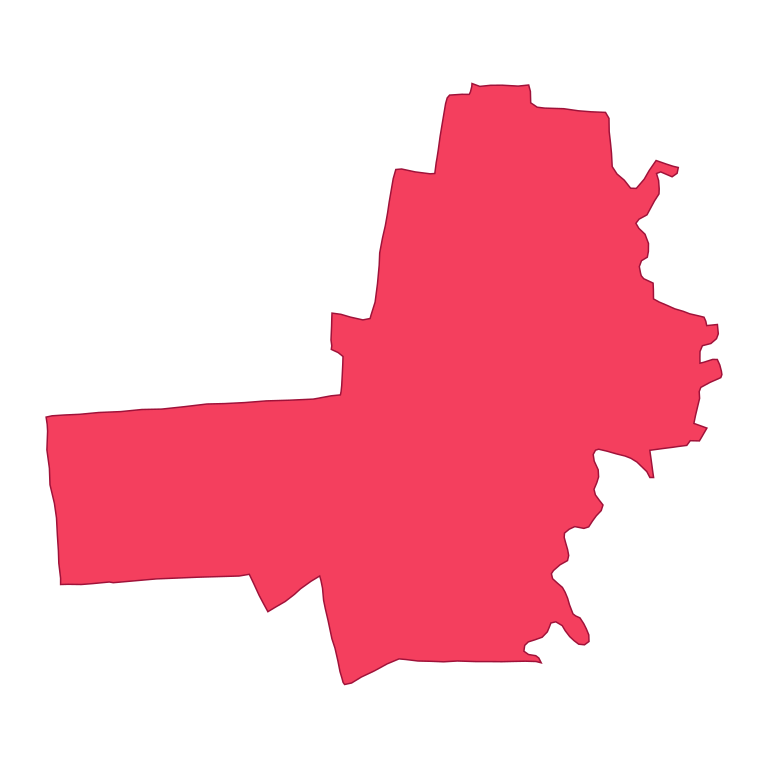 Battambang, Batdâmbâng, Cambodia
{"feature_id": "14789045B54080121728178", "entity_name": "Battambang", "entity_type": "district", "adm_level": 2, "iso_a3": "KHM", "parent_name": "Cambodia", "parent_adm1": "Batdâmbâng", "projection": "orthographic", "projection_center": [103.179, 13.094], "detail": "fine", "context": "isolated", "style": "filled", "palette": "rose", "viewbox_px": 768, "rotation_deg": 0, "n_neighbors": 0, "source": "geoboundaries", "source_scale": "gbopen_adm2", "svg_char_len": 3567}
<svg xmlns="http://www.w3.org/2000/svg" viewBox="0 0 768 768"><path d="M541.2,662.8L538.8,658.0L535.8,655.7L528.5,654.5L523.9,651.2L524.7,645.4L528.3,641.9L534.9,639.8L542.2,637.2L547.3,631.9L549.0,627.9L550.9,623.0L555.8,621.8L562.2,625.6L565.2,630.7L569.7,636.6L574.1,640.7L578.7,644.2L584.5,644.8L589.0,641.5L588.8,634.9L586.3,628.8L583.7,623.6L580.0,617.9L575.6,615.9L573.0,613.9L569.5,604.8L567.6,598.2L565.1,592.2L562.4,587.4L557.4,583.1L552.6,578.7L551.4,573.7L553.5,570.5L560.0,564.8L567.5,560.6L568.7,555.5L567.6,549.6L565.5,542.3L564.2,537.4L564.5,533.1L569.2,529.2L574.8,526.6L583.9,528.4L588.7,526.9L592.5,521.0L596.3,515.8L601.2,510.6L603.0,505.0L599.2,500.1L595.4,494.9L594.0,489.3L596.8,482.7L598.6,476.9L598.2,469.8L594.2,461.1L593.2,454.5L595.5,450.2L598.6,449.2L606.7,451.1L616.5,453.9L625.0,456.0L630.7,458.2L636.9,462.0L646.8,471.6L649.9,477.5L653.6,477.5L652.6,470.6L652.0,466.0L651.0,458.7L649.8,450.3L661.6,448.7L667.0,448.0L672.6,447.3L678.1,446.5L683.6,445.8L686.8,445.4L690.2,440.7L699.4,440.9L701.2,437.9L706.9,428.1L700.9,425.9L693.9,423.4L695.5,415.5L697.7,406.3L699.6,398.4L699.2,391.6L700.8,387.4L709.8,382.5L720.8,377.6L721.9,374.6L721.4,371.2L719.8,365.0L717.3,359.5L712.7,359.4L703.6,362.3L700.0,363.2L699.9,358.1L700.0,351.5L702.4,345.7L710.9,343.5L716.5,338.7L718.3,333.8L717.4,324.5L706.7,325.6L705.8,321.2L704.0,317.2L699.2,316.0L689.7,313.8L683.2,311.3L674.7,308.8L667.6,305.6L659.1,302.0L653.5,298.9L653.4,289.8L653.1,283.1L643.7,278.7L641.3,275.8L640.6,273.4L639.3,266.6L641.5,260.7L647.3,257.2L648.4,251.4L648.5,243.5L645.0,234.2L638.9,228.4L635.9,223.3L639.0,219.2L647.0,214.8L654.5,200.9L659.0,193.9L659.2,188.9L658.6,180.5L656.5,173.5L660.7,171.9L672.1,176.8L677.1,173.3L678.3,167.5L673.2,166.3L666.7,164.2L656.1,160.5L654.1,163.4L649.2,170.5L644.2,179.2L636.3,188.4L630.6,188.2L624.2,180.1L617.0,174.0L612.2,166.6L611.5,153.3L610.5,143.0L609.2,131.6L609.0,118.4L605.5,112.4L591.3,111.8L578.5,110.8L563.7,108.7L544.6,108.1L537.2,107.2L530.7,102.8L530.4,91.4L528.7,85.0L518.2,86.1L502.1,85.2L490.5,85.3L479.8,86.4L472.0,83.5L471.8,86.5L470.4,92.0L469.2,94.4L461.9,94.3L449.6,95.1L447.2,97.9L445.6,103.6L443.6,115.5L441.6,127.4L440.1,136.5L438.3,149.7L437.0,158.1L436.2,162.6L434.8,173.5L430.1,173.8L415.2,171.9L401.6,169.0L395.8,169.5L393.2,178.7L391.0,191.5L389.2,202.0L387.6,212.8L385.3,225.8L382.5,238.0L379.7,252.9L379.2,265.1L377.5,283.6L375.1,302.1L371.0,315.2L370.1,318.5L362.9,319.9L350.4,317.1L340.9,314.3L332.0,313.1L331.8,317.9L331.6,326.0L331.0,340.0L331.8,345.8L331.3,349.4L338.2,352.6L343.0,356.5L342.8,363.4L342.3,374.2L341.7,385.6L341.1,391.4L340.4,394.9L331.2,395.8L313.3,399.1L289.6,400.2L266.1,400.9L244.3,402.6L224.2,403.6L207.0,404.0L184.2,406.7L161.6,409.1L141.9,409.5L120.7,411.6L98.8,412.5L79.7,414.3L64.3,415.0L52.1,415.8L46.1,417.1L47.2,424.4L47.6,431.2L46.9,449.9L49.4,468.2L50.0,484.8L54.4,503.3L56.5,518.0L57.4,535.5L58.4,550.8L58.8,563.1L60.6,578.2L60.6,584.5L68.1,584.3L81.2,584.5L92.7,583.6L109.4,582.0L113.2,582.7L156.4,578.9L198.0,577.2L239.2,576.0L249.3,574.3L253.5,583.1L259.2,595.5L263.6,603.8L267.9,611.7L276.2,606.7L285.2,601.5L294.5,594.3L300.5,588.8L311.1,581.2L319.7,576.0L320.9,580.2L322.5,588.0L323.6,600.3L325.3,608.6L328.1,620.6L331.9,638.7L335.0,648.2L337.9,660.9L340.0,671.6L341.9,678.0L343.1,682.4L344.6,684.5L351.6,683.0L361.4,677.0L374.5,670.8L387.1,663.9L399.0,658.9L405.8,659.5L418.0,661.0L431.1,661.3L443.6,661.8L457.4,661.0L476.5,661.6L490.9,661.6L501.9,661.7L514.7,661.4L525.3,661.2L536.0,661.5L541.2,662.8Z" fill="#f43f5e" stroke="#9f1239" stroke-width="1.5"/></svg>